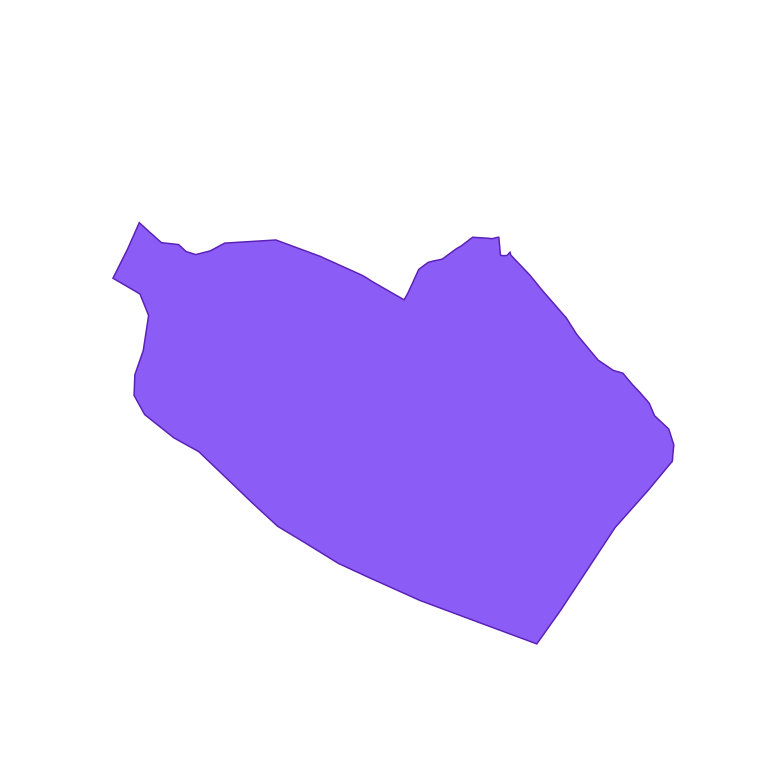 the district of Sharg Aj Jabal, Southern Darfur, Sudan, rotated 43°
{"feature_id": "16777658B39782725929705", "entity_name": "Sharg Aj Jabal", "entity_type": "district", "adm_level": 2, "iso_a3": "SDN", "parent_name": "Sudan", "parent_adm1": "Southern Darfur", "projection": "mercator", "projection_center": [24.504, 12.892], "detail": "fine", "context": "isolated", "style": "filled", "palette": "violet", "viewbox_px": 768, "rotation_deg": 43, "n_neighbors": 0, "source": "geoboundaries", "source_scale": "gbopen_adm2", "svg_char_len": 4776}
<svg xmlns="http://www.w3.org/2000/svg" viewBox="0 0 768 768"><g transform="rotate(43 384 384)"><path d="M647.6,243.9L647.3,243.5L646.2,242.0L645.9,241.8L645.3,241.0L641.7,236.4L639.3,233.3L638.6,232.3L638.4,232.1L637.9,231.4L637.7,231.2L637.5,230.9L636.8,230.5L635.9,230.0L635.5,229.8L633.6,228.7L625.1,223.9L623.7,223.2L623.2,222.8L622.9,222.7L622.7,222.7L622.3,222.7L621.9,222.7L621.3,222.7L621.1,222.7L619.9,222.7L618.3,222.7L616.7,222.7L615.7,222.7L613.0,222.7L607.6,222.7L605.0,222.7L604.1,222.7L603.8,222.7L603.5,222.7L603.3,222.6L603.1,222.5L602.8,222.4L602.0,222.0L601.5,221.8L599.5,220.9L599.2,220.7L598.5,220.5L596.1,219.4L594.8,218.8L592.6,217.9L592.2,217.7L591.5,217.3L591.1,217.2L590.6,217.2L588.8,216.9L587.4,216.7L586.4,216.6L585.8,216.6L583.6,216.4L583.3,216.3L582.5,216.3L581.0,216.1L580.4,216.1L579.7,216.0L579.4,216.0L578.7,215.9L578.3,215.8L577.7,215.7L577.4,215.7L576.3,215.6L575.7,215.6L575.4,215.6L574.0,215.5L573.5,215.4L571.9,215.4L569.4,215.2L568.6,215.2L568.0,215.1L567.3,215.1L566.9,215.1L566.7,215.1L566.4,215.0L565.4,214.9L564.6,214.8L564.4,214.8L564.0,214.7L563.3,214.7L563.0,214.6L562.6,214.6L562.3,214.5L562.1,214.5L561.8,214.5L561.6,214.4L561.3,214.4L560.9,214.4L560.4,214.3L559.4,214.2L558.4,214.1L556.2,213.8L554.7,213.6L551.7,213.2L551.3,213.2L549.5,214.1L549.3,214.2L547.6,215.0L547.1,215.3L544.0,216.9L543.0,217.4L542.3,217.7L541.7,217.8L541.0,217.9L540.2,218.0L539.4,218.2L537.2,218.5L535.0,218.8L533.2,219.1L531.2,219.4L530.6,219.5L527.5,220.0L524.9,220.4L524.4,220.5L524.2,220.5L522.9,220.3L522.7,220.3L521.9,220.2L521.5,220.2L520.9,220.1L517.5,219.6L516.9,219.6L515.7,219.4L511.3,218.9L510.2,218.7L509.2,218.6L507.0,218.3L497.5,217.1L496.1,216.9L494.3,216.7L493.6,216.6L492.3,216.4L491.6,216.3L491.3,216.3L491.0,216.2L488.9,215.7L486.2,215.0L484.7,214.6L483.7,214.3L478.6,213.0L477.1,212.6L474.9,212.0L473.7,211.7L473.4,211.7L473.2,211.6L472.4,211.4L472.2,211.3L471.6,211.3L471.2,211.2L470.6,211.2L470.2,211.1L469.4,211.1L469.0,211.0L468.7,211.0L468.2,210.9L467.9,210.9L467.7,210.9L466.6,210.8L466.2,210.7L465.6,210.7L464.5,210.6L459.2,210.0L443.7,208.4L442.7,208.3L437.0,207.7L431.4,207.0L427.9,206.5L426.0,206.2L416.6,204.9L416.1,204.9L413.1,204.7L411.1,204.6L403.4,204.1L400.2,203.9L395.9,203.7L394.6,203.6L388.7,203.2L388.1,202.8L387.5,202.4L386.4,201.6L386.3,201.8L386.3,202.0L386.3,202.4L386.3,203.2L386.3,203.6L386.3,204.5L386.3,205.1L386.3,205.4L386.3,205.7L386.3,206.0L385.9,206.5L385.6,206.9L385.3,207.2L385.1,207.4L384.9,207.6L384.7,207.8L384.0,208.5L383.6,208.9L383.2,209.1L383.0,209.3L382.6,209.6L382.2,209.9L382.1,210.0L381.9,210.1L381.6,210.4L381.3,210.2L381.2,210.1L380.7,209.7L380.1,209.2L379.9,209.1L379.6,208.8L379.3,208.6L378.6,207.9L377.9,207.3L377.5,207.0L376.8,206.3L376.1,205.7L375.3,204.9L374.8,204.5L373.8,203.6L373.5,203.4L373.2,203.1L372.8,202.7L372.5,202.5L372.2,202.2L371.4,201.5L370.9,201.0L369.9,200.1L369.7,200.0L369.1,199.5L368.7,199.0L368.4,198.8L368.2,198.6L367.9,198.4L367.6,198.5L367.3,198.9L367.0,199.4L366.7,199.8L366.5,200.1L366.2,200.5L365.5,201.7L364.9,202.5L364.0,204.0L362.2,205.3L361.9,205.6L361.7,205.7L361.0,206.2L360.0,207.0L359.0,207.8L358.4,208.3L356.7,209.7L355.1,211.0L354.8,211.3L354.4,211.6L351.7,213.8L350.5,214.8L349.7,215.4L348.7,216.3L348.6,216.9L348.5,217.6L348.3,218.8L348.2,219.3L348.1,219.5L347.7,222.3L347.3,224.5L346.5,229.2L346.4,229.9L345.5,233.0L345.4,233.3L344.6,236.1L344.0,239.1L343.9,239.6L343.6,241.4L342.7,246.1L342.5,247.3L342.3,248.3L342.0,250.1L341.4,253.0L340.8,253.8L339.1,256.4L337.8,258.1L336.9,259.5L336.3,260.2L335.7,261.2L335.4,261.6L335.1,262.1L333.4,264.8L333.2,265.7L333.0,266.8L332.9,267.4L332.9,267.6L332.7,268.4L332.1,271.7L331.9,272.9L331.8,273.5L331.7,273.9L331.6,274.6L331.4,275.7L331.3,276.5L331.4,276.8L331.6,277.6L331.9,278.4L332.0,278.8L332.4,279.9L334.2,285.4L335.6,289.4L338.1,297.0L339.1,300.1L339.5,301.3L341.2,308.3L341.3,308.7L328.3,311.8L305.5,317.1L303.4,317.5L298.8,318.3L295.6,319.0L295.3,319.1L294.3,319.3L287.1,321.7L271.2,327.1L259.9,330.9L255.4,332.5L254.9,332.6L254.5,332.8L250.9,333.9L217.7,347.8L206.7,352.4L171.4,389.6L170.9,391.1L170.7,391.6L167.7,400.6L167.3,401.8L166.7,403.4L166.4,404.3L166.1,405.2L165.9,405.5L165.4,406.3L161.8,411.9L160.2,414.4L158.6,416.9L158.2,417.4L157.9,417.8L149.0,422.1L138.7,422.1L125.4,432.0L124.9,432.4L124.3,432.4L123.8,432.4L123.5,432.4L123.2,432.4L122.6,432.5L122.2,432.5L111.0,432.7L109.0,432.8L96.2,432.9L95.0,432.9L104.5,460.4L113.6,491.5L144.1,484.6L165.1,494.4L185.1,523.7L195.5,547.2L209.0,562.8L229.9,569.6L267.0,566.7L294.7,559.8L370.0,560.8L403.3,560.6L433.7,554.2L473.1,546.3L504.8,535.9L558.2,517.7L617.9,492.9L673.0,469.9L671.4,458.0L667.5,429.0L650.9,331.3L649.7,281.7L649.3,274.6L647.8,248.8L647.6,243.9Z" fill="#8b5cf6" stroke="#5b21b6" stroke-width="1.5"/></g></svg>